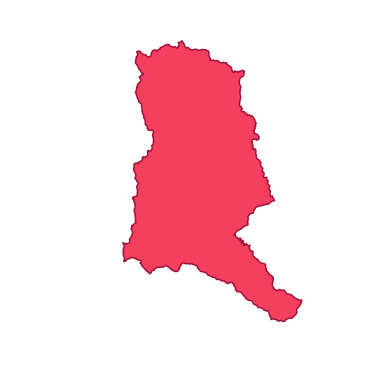 Na Noi, Nan, Thailand (Albers equal-area conic projection), rotated 73°
{"feature_id": "78962969B88234986590432", "entity_name": "Na Noi", "entity_type": "district", "adm_level": 2, "iso_a3": "THA", "parent_name": "Thailand", "parent_adm1": "Nan", "projection": "albers", "projection_center": [100.759, 18.283], "detail": "fine", "context": "isolated", "style": "filled", "palette": "rose", "viewbox_px": 384, "rotation_deg": 73, "n_neighbors": 0, "source": "geoboundaries", "source_scale": "gbopen_adm2", "svg_char_len": 6045}
<svg xmlns="http://www.w3.org/2000/svg" viewBox="0 0 384 384"><g transform="rotate(73 192 192)"><path d="M342.6,141.0L341.3,139.0L341.2,135.0L341.9,133.4L339.7,128.7L338.1,127.0L334.6,126.1L332.3,122.4L329.3,119.5L327.5,118.7L326.9,120.6L323.7,124.4L318.9,127.4L317.3,130.8L314.5,132.1L313.2,132.2L311.4,136.3L310.7,136.9L311.3,139.7L309.0,141.5L304.9,142.6L298.6,139.6L297.3,139.5L295.2,140.3L293.6,142.5L292.9,142.0L291.3,142.9L289.9,143.0L289.2,144.0L287.0,143.3L286.4,143.8L282.8,142.9L281.5,144.0L280.6,146.0L279.2,147.4L277.5,148.6L275.9,148.7L275.4,149.7L274.4,150.0L273.1,151.6L272.1,151.5L270.7,152.5L266.6,151.1L265.0,153.3L262.1,153.6L260.2,152.3L260.1,153.7L258.3,154.5L258.3,155.6L257.4,155.5L258.7,157.4L258.6,158.3L258.0,158.2L257.6,157.3L256.6,157.2L255.2,158.1L255.8,159.5L254.6,159.8L254.3,157.2L254.0,157.1L253.3,158.2L252.1,158.8L252.8,159.9L252.6,160.3L250.8,160.8L251.0,159.0L250.6,158.9L249.6,162.1L248.3,162.3L247.9,163.3L245.6,164.2L245.8,163.1L244.2,163.1L242.6,160.3L241.3,154.9L240.1,152.4L239.8,148.2L239.1,147.7L237.0,147.8L234.2,145.9L232.1,146.0L229.7,142.6L230.1,139.6L227.9,138.4L226.9,136.9L225.7,135.9L225.0,133.9L225.2,132.2L224.9,131.2L225.5,128.7L225.4,124.4L226.0,122.9L224.3,118.9L224.3,115.7L219.4,116.4L219.6,118.1L219.0,118.6L217.9,117.9L216.4,118.1L213.8,116.7L212.4,117.5L211.0,117.4L209.0,115.8L208.3,115.8L207.9,116.6L205.9,117.4L203.5,115.9L202.8,116.9L199.9,116.3L199.5,118.4L198.6,119.1L197.2,119.0L196.4,117.9L195.7,117.7L194.3,117.7L192.5,118.8L190.5,117.5L189.5,117.5L187.5,118.6L185.3,118.4L184.1,117.4L182.3,118.1L181.3,118.1L179.4,120.3L173.1,119.6L170.8,118.7L169.2,119.1L169.4,121.0L167.7,120.6L166.7,121.0L165.3,120.0L164.0,120.8L162.3,119.6L160.9,120.2L159.9,119.6L159.5,117.6L160.3,116.4L160.0,115.4L161.1,115.1L161.5,114.2L160.7,112.5L159.7,112.5L158.8,111.8L157.9,112.0L155.8,112.8L155.1,114.1L153.0,115.4L151.5,115.2L151.7,114.6L149.9,113.7L149.6,112.9L148.1,112.9L147.5,111.6L145.8,111.8L145.3,110.8L144.6,110.5L143.7,111.0L141.0,110.9L137.1,112.1L136.1,113.9L135.1,114.3L134.8,116.6L133.6,116.7L132.5,117.7L130.7,118.2L129.5,121.1L128.0,121.0L127.3,119.6L126.8,120.0L124.9,120.0L123.6,121.1L122.4,121.3L121.3,120.5L120.2,120.4L119.1,119.5L118.2,119.4L117.0,118.3L115.2,117.7L111.0,117.3L108.6,115.9L107.3,115.7L106.4,114.7L104.6,114.6L103.2,115.0L99.8,114.6L99.1,113.7L98.1,113.5L97.1,112.6L96.2,109.5L95.3,108.3L91.8,106.6L90.3,108.3L90.8,110.0L90.5,111.0L90.8,112.2L90.4,112.7L90.7,113.4L90.1,113.7L88.9,115.5L89.0,116.5L90.0,116.8L89.9,117.4L88.4,118.2L84.9,118.0L83.3,118.4L82.8,119.3L81.9,119.7L80.3,121.3L78.5,121.1L78.5,122.5L77.2,123.8L77.2,125.8L76.4,127.5L73.9,128.7L72.9,132.2L72.0,133.2L71.5,136.0L70.8,136.2L69.8,135.3L66.9,136.1L64.0,135.1L62.0,135.2L59.9,137.5L58.7,140.7L58.7,143.6L56.5,146.7L56.3,150.6L54.2,152.9L52.7,153.3L52.5,155.6L50.2,156.4L48.6,156.1L47.2,156.9L45.4,156.9L44.4,157.5L45.4,158.9L45.0,161.4L47.4,161.2L48.5,162.5L50.1,163.4L50.0,164.1L48.3,165.5L47.8,167.7L46.1,170.3L44.2,170.9L43.6,173.5L43.9,175.5L44.5,176.3L44.4,178.4L44.8,180.3L46.1,180.9L45.9,182.2L46.8,184.1L45.3,185.5L45.3,188.3L48.0,190.8L49.6,191.1L50.5,194.1L49.5,195.2L47.4,196.0L46.1,198.5L44.2,200.0L42.5,200.3L41.4,202.1L41.8,203.9L44.7,203.5L47.0,206.0L52.0,208.4L55.5,207.1L59.6,206.7L60.4,205.9L62.9,205.6L64.1,204.4L65.5,204.2L65.0,205.4L66.2,207.4L66.4,208.6L70.5,208.2L71.8,209.6L72.1,211.2L73.9,213.1L75.4,213.7L75.7,214.4L78.5,215.4L80.1,217.0L81.4,216.6L82.7,216.9L83.3,216.3L86.2,216.9L87.7,216.3L90.4,216.4L91.2,215.6L92.3,215.4L92.8,214.7L93.7,214.6L96.0,215.4L98.3,215.3L100.4,216.3L105.7,215.9L107.3,216.5L108.6,215.6L113.9,216.9L115.9,215.7L118.3,216.2L119.8,215.8L121.3,213.3L120.6,212.3L121.6,211.4L122.9,211.2L126.0,212.9L128.0,213.3L130.1,213.1L130.9,213.8L132.0,213.3L133.1,214.6L134.0,214.7L135.2,215.4L135.9,216.9L139.2,217.5L140.9,219.8L139.9,220.9L139.7,222.4L143.8,223.4L144.7,225.1L145.4,225.4L144.1,228.2L144.7,228.6L144.7,229.5L145.2,229.9L146.3,229.8L147.2,230.7L147.7,232.8L147.5,233.7L148.9,235.2L148.4,235.6L148.2,236.2L148.5,236.9L148.0,237.6L148.1,238.8L148.7,239.4L148.9,239.2L153.1,241.2L155.9,241.2L156.3,240.8L157.4,240.9L158.5,240.5L160.5,241.2L161.3,242.1L162.4,242.6L164.5,241.6L166.2,241.5L166.9,240.9L168.2,240.6L169.8,242.6L170.9,243.3L175.5,243.8L176.2,244.5L177.2,244.5L178.7,245.2L179.8,246.3L179.6,249.6L180.5,250.8L181.2,250.7L182.1,249.8L184.2,250.4L185.3,249.9L187.4,250.4L188.7,250.1L192.5,252.6L194.3,252.9L197.3,252.8L198.3,253.5L200.6,253.6L202.3,254.5L205.0,254.7L205.3,256.3L206.4,257.9L206.4,259.4L207.5,259.6L209.6,261.1L211.7,260.4L213.1,260.7L215.5,261.7L219.3,265.8L220.3,265.7L222.2,266.4L222.3,270.0L220.5,272.8L222.3,273.0L223.0,272.2L224.7,272.7L225.5,273.8L228.6,275.2L229.3,275.0L230.9,276.0L236.4,276.1L237.3,277.1L238.6,277.4L238.5,275.2L237.1,273.5L237.5,271.5L237.1,269.0L237.8,266.8L238.9,265.9L239.0,265.2L239.8,265.1L241.1,263.6L242.6,260.7L243.1,260.5L244.8,262.4L246.1,261.5L248.0,261.6L249.4,260.5L251.9,259.9L253.4,258.4L254.5,258.4L255.4,257.3L256.4,257.4L257.8,256.0L257.1,254.6L255.6,253.4L255.6,250.9L254.6,250.0L253.9,247.2L255.4,241.4L254.7,239.7L254.8,238.4L258.1,235.3L260.3,234.7L260.6,233.7L262.6,232.2L262.5,231.3L263.3,230.9L263.6,229.5L263.6,228.7L262.2,226.8L261.6,226.3L260.2,226.2L259.2,224.1L258.0,223.7L257.2,221.4L257.2,221.0L258.9,218.7L259.4,216.4L260.3,215.2L260.4,213.1L261.4,212.4L264.0,208.8L266.0,208.9L270.5,207.0L271.1,205.4L272.9,202.9L274.4,201.4L276.5,201.0L277.0,199.4L280.0,196.9L280.2,195.0L282.5,194.3L283.1,193.6L283.3,191.7L285.7,189.6L286.3,187.8L287.6,186.3L289.2,185.7L290.2,183.8L289.6,182.0L290.3,180.2L291.6,179.8L292.5,178.9L293.4,179.4L296.2,178.4L297.9,178.9L300.0,178.4L301.7,175.4L303.0,173.9L305.9,173.1L307.6,172.0L309.3,171.9L312.1,169.7L312.3,168.6L314.0,166.4L317.3,165.7L319.4,163.3L321.8,162.5L323.1,159.4L326.0,157.5L327.2,156.0L328.1,154.0L330.7,153.7L333.0,154.0L334.9,153.1L336.9,153.7L336.9,151.9L338.4,149.3L339.6,147.8L340.8,147.2L340.9,144.2L342.3,143.1L342.6,141.0Z" fill="#f43f5e" stroke="#9f1239" stroke-width="1.5"/></g></svg>